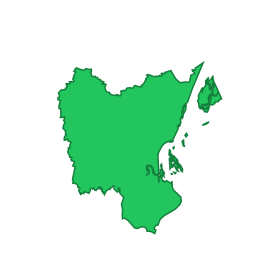 outline of Chandpur, Chittagong, Bangladesh, rotated 203°
{"feature_id": "16705992B70711841490613", "entity_name": "Chandpur", "entity_type": "district", "adm_level": 2, "iso_a3": "BGD", "parent_name": "Bangladesh", "parent_adm1": "Chittagong", "projection": "albers", "projection_center": [90.778, 23.244], "detail": "fine", "context": "isolated", "style": "filled", "palette": "green", "viewbox_px": 256, "rotation_deg": 203, "n_neighbors": 0, "source": "geoboundaries", "source_scale": "gbopen_adm2", "svg_char_len": 5734}
<svg xmlns="http://www.w3.org/2000/svg" viewBox="0 0 256 256"><g transform="rotate(203 128 128)"><path d="M97.5,42.5L97.3,43.2L95.7,43.5L92.2,43.1L82.8,38.6L79.7,39.3L77.3,42.3L73.9,43.2L71.5,42.4L70.2,40.5L66.3,41.7L62.2,41.3L62.5,45.0L64.4,45.2L64.8,46.5L64.0,49.7L62.6,50.1L62.7,56.6L60.4,61.5L52.6,72.1L50.4,78.0L50.3,81.5L52.5,85.1L62.1,88.7L64.5,91.4L66.7,96.3L66.7,93.8L71.9,94.6L73.2,92.4L74.6,93.4L75.7,92.7L77.2,94.7L79.9,96.2L80.0,94.4L78.0,89.6L81.7,96.0L84.8,95.3L87.1,96.0L90.4,100.7L92.9,101.7L95.5,100.3L91.3,96.3L90.9,94.1L92.9,91.4L91.5,95.8L94.2,97.8L93.8,96.3L94.2,96.4L96.0,100.0L95.1,101.5L92.5,102.4L89.6,100.9L85.3,96.0L83.5,96.0L82.0,97.2L83.2,101.0L89.6,114.1L90.3,117.2L89.7,124.3L88.7,127.6L85.5,131.7L84.4,131.2L82.2,132.2L83.7,133.1L81.4,133.8L82.0,134.3L82.1,136.8L81.5,146.6L83.2,149.1L81.9,151.9L81.7,154.2L83.3,156.7L83.5,161.7L84.5,163.4L85.5,168.3L84.6,167.8L84.9,165.8L84.2,165.7L82.4,162.7L82.0,167.2L83.4,171.7L84.3,171.0L84.1,169.5L85.5,169.4L85.0,172.0L83.3,174.8L84.2,189.9L84.3,217.4L89.5,209.4L88.8,207.5L91.6,206.7L90.9,205.5L88.7,205.0L87.9,204.0L90.7,201.2L89.4,194.5L90.9,193.1L92.2,193.3L97.2,190.3L99.2,190.4L103.4,192.0L111.0,197.6L115.5,193.8L115.0,192.9L118.5,191.4L118.6,190.7L117.1,190.1L117.7,188.8L119.8,188.5L120.4,187.2L122.3,186.7L123.3,185.5L130.4,185.1L131.0,184.4L129.8,184.7L130.7,183.6L129.7,182.7L130.9,180.4L130.4,179.5L131.0,174.5L132.3,172.6L131.6,171.4L134.7,170.1L137.7,170.0L138.7,169.3L138.7,167.3L139.7,166.1L141.3,166.1L144.4,164.5L145.4,161.0L146.9,160.8L149.1,159.0L147.4,157.1L147.7,154.5L150.3,154.6L150.3,153.7L151.1,154.2L154.4,152.3L158.0,152.2L158.7,153.5L161.9,152.8L165.2,156.1L165.2,159.5L168.0,159.4L168.1,158.3L168.9,158.2L169.2,160.2L168.2,160.3L168.4,161.1L171.8,160.7L172.1,161.7L174.8,161.4L175.9,162.6L176.9,161.9L178.6,162.7L179.2,161.9L182.1,161.7L183.2,164.2L184.3,164.4L183.8,166.2L184.8,167.8L186.1,166.8L190.1,166.1L190.4,164.7L192.4,163.5L199.1,163.1L199.8,161.4L199.0,160.9L200.0,159.1L198.0,158.7L198.4,154.2L197.4,153.3L198.1,151.6L196.2,150.3L196.2,149.4L199.9,147.7L198.7,147.1L198.8,146.0L202.2,144.7L201.6,143.8L201.5,144.6L200.7,144.5L200.2,141.1L201.1,140.2L201.0,138.7L204.5,136.7L205.7,133.0L203.6,130.9L203.5,128.7L204.2,128.6L203.7,126.8L200.6,126.5L200.7,124.0L199.8,123.3L200.4,121.7L199.0,118.9L197.4,119.6L194.6,113.3L194.4,111.3L191.8,112.3L191.2,113.4L190.0,113.0L190.2,109.8L188.3,108.5L188.3,104.4L187.6,102.2L184.4,100.9L183.2,98.0L182.3,97.6L183.0,95.2L182.2,92.1L181.1,92.1L180.0,93.9L178.9,94.1L178.4,92.8L174.8,92.5L174.9,89.7L173.7,87.1L175.2,86.2L174.3,85.3L174.1,82.3L170.7,79.5L170.3,78.3L168.0,78.7L168.1,76.7L167.2,75.8L165.1,76.3L163.9,75.7L164.1,71.6L161.5,71.5L158.9,58.7L157.6,57.5L157.2,55.6L156.0,56.3L152.5,56.2L150.9,53.8L149.0,53.9L149.0,51.1L145.6,48.3L145.2,48.8L146.0,49.8L143.0,50.4L143.3,52.4L138.4,52.7L138.3,55.5L139.0,56.8L138.3,58.0L136.7,58.0L136.2,59.5L134.4,57.8L133.0,58.0L131.9,61.7L131.1,62.8L130.1,62.7L128.6,62.0L130.6,61.5L130.6,60.9L127.7,61.0L127.4,59.6L125.5,59.8L125.9,58.6L124.9,58.9L123.7,57.4L123.4,61.7L121.8,64.3L120.5,64.6L121.2,65.6L119.5,67.1L119.2,68.8L117.9,69.0L117.1,66.5L112.8,64.8L111.7,66.1L113.4,68.3L112.8,69.2L111.1,67.9L110.3,65.1L104.7,62.2L104.3,55.5L100.8,50.2L99.2,45.2L97.5,42.5ZM69.2,174.1L67.4,174.5L69.1,178.6L68.1,178.5L63.2,182.2L66.0,187.3L65.9,189.9L65.3,191.0L64.6,190.7L64.4,194.1L66.4,195.8L67.9,195.4L69.7,198.6L72.5,200.5L74.0,193.9L73.7,190.3L74.9,191.5L74.8,194.4L75.4,193.3L75.8,185.4L74.2,181.9L74.5,180.0L72.4,178.3L70.6,174.8L69.8,174.8L69.8,175.9L69.4,175.5L69.2,174.1ZM58.7,196.5L59.3,192.1L61.0,191.1L63.1,191.6L63.7,190.7L63.8,188.3L62.2,186.7L64.0,188.2L64.0,190.3L65.3,188.9L64.4,186.6L62.8,185.1L62.4,182.1L59.4,182.1L57.7,184.4L57.8,186.2L55.3,187.5L54.6,190.0L53.2,191.4L58.7,196.5ZM66.0,203.2L65.1,200.3L65.8,200.8L65.9,199.7L63.4,192.2L60.0,191.9L59.2,193.3L59.1,197.0L66.0,203.2ZM70.1,208.6L70.6,207.0L69.7,205.6L70.9,205.0L72.2,201.9L69.9,199.5L69.2,200.1L69.4,199.1L67.7,195.8L66.2,197.7L67.5,198.5L66.8,198.8L67.0,201.2L68.2,205.0L66.4,201.3L66.0,202.2L70.1,208.6ZM72.3,111.3L71.5,108.8L71.5,111.9L66.9,109.8L66.0,111.0L70.7,115.6L71.0,116.7L70.3,116.1L69.8,116.7L69.8,115.5L66.6,112.9L66.4,113.9L65.5,114.2L68.4,115.5L69.6,117.6L74.2,119.9L74.3,118.5L75.7,120.7L74.1,117.5L70.9,113.8L71.5,113.7L72.3,111.3ZM78.0,116.0L73.3,106.8L72.6,110.0L76.7,116.8L77.1,118.5L76.1,119.4L78.3,121.6L77.0,119.7L78.2,120.5L77.3,117.4L78.0,116.0ZM66.5,178.9L66.9,177.2L66.2,174.6L64.6,175.8L61.4,180.5L62.8,181.8L64.4,179.8L66.5,178.9ZM81.4,99.1L80.1,97.2L77.6,96.4L78.7,99.4L78.0,100.1L80.3,103.4L81.9,102.3L80.9,100.2L81.4,99.1ZM63.9,172.9L61.1,173.7L61.3,178.1L65.5,174.5L63.9,172.9ZM81.5,124.7L79.8,119.5L79.2,118.7L78.3,119.0L79.7,123.0L81.5,124.7ZM65.6,112.5L62.2,109.2L61.7,109.1L62.5,109.8L62.0,110.7L60.8,109.6L61.9,111.6L64.6,113.8L65.6,112.5ZM73.5,206.2L75.0,201.7L74.0,199.6L73.0,202.9L73.5,206.2ZM72.1,145.9L72.7,143.6L71.1,142.5L70.5,144.7L72.1,145.9ZM72.1,138.5L73.0,136.8L70.9,134.4L70.3,134.9L72.1,138.5ZM55.8,165.4L59.3,161.5L60.7,159.5L57.3,162.4L55.8,165.4ZM83.0,107.8L83.4,106.5L81.2,103.6L81.7,105.6L83.0,107.8ZM78.2,101.9L78.6,101.3L76.6,97.8L76.1,97.6L77.0,98.8L76.7,100.3L78.2,101.9ZM74.2,115.0L73.3,115.1L73.4,115.8L75.7,118.6L74.2,115.0ZM81.4,151.9L82.7,149.7L82.1,148.7L81.2,149.8L81.4,151.9ZM82.7,162.1L82.7,158.0L81.9,157.8L81.7,159.9L82.7,162.1ZM68.2,133.4L70.6,133.8L70.0,133.1L68.2,133.4ZM68.4,105.2L66.8,104.4L66.5,104.6L66.6,105.6L68.4,105.2ZM78.2,128.6L78.8,127.4L78.1,126.6L77.8,128.0L78.2,128.6ZM67.2,109.2L65.9,108.1L65.1,108.1L67.7,109.8L68.5,109.9L67.0,108.6L67.2,109.2ZM70.3,103.0L69.8,102.4L69.1,102.9L69.8,103.3L70.3,103.0Z" fill="#22c55e" stroke="#15803d" stroke-width="1.5"/></g></svg>